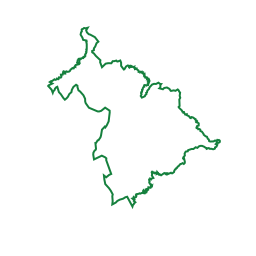 Clemencia, Bolívar, Colombia, rotated 203°
{"feature_id": "7082276B89767866766347", "entity_name": "Clemencia", "entity_type": "district", "adm_level": 2, "iso_a3": "COL", "parent_name": "Colombia", "parent_adm1": "Bolívar", "projection": "robinson", "projection_center": [-75.309, 10.562], "detail": "fine", "context": "isolated", "style": "outline", "palette": "green", "viewbox_px": 256, "rotation_deg": 203, "n_neighbors": 0, "source": "geoboundaries", "source_scale": "gbopen_adm2", "svg_char_len": 5851}
<svg xmlns="http://www.w3.org/2000/svg" viewBox="0 0 256 256"><g transform="rotate(203 128 128)"><path d="M204.3,204.5L205.9,203.2L207.5,202.9L208.2,201.6L208.9,201.1L209.1,200.5L208.2,198.8L208.6,197.8L208.1,195.4L205.3,193.4L203.7,191.6L200.4,192.3L199.8,191.4L200.1,191.0L198.8,189.2L196.8,184.5L196.6,183.8L196.9,183.7L196.3,182.8L196.4,181.8L195.9,181.6L195.8,180.1L196.1,179.9L196.1,178.3L195.4,177.7L195.8,176.4L196.8,176.1L197.0,175.3L196.5,175.3L196.5,174.9L197.5,174.6L198.7,172.5L199.6,172.5L199.4,171.7L199.9,172.1L199.9,172.7L200.5,172.3L200.4,171.5L200.8,170.7L200.3,169.2L200.5,168.5L200.0,168.0L199.7,169.0L198.7,169.2L199.1,168.4L198.5,168.0L197.9,168.1L198.0,167.6L200.7,165.6L200.9,165.1L200.3,163.7L201.1,163.7L201.3,161.6L201.8,161.5L202.0,161.9L202.7,161.3L203.0,160.3L203.7,159.4L203.7,158.0L204.2,157.0L205.5,156.1L207.7,156.0L206.9,155.9L206.8,155.6L207.1,155.2L208.3,155.1L207.4,154.4L207.0,153.6L208.1,153.2L208.7,154.0L209.5,154.0L209.0,151.6L210.6,150.9L210.3,150.4L209.9,150.3L209.3,149.1L209.6,148.1L211.3,147.7L211.3,146.8L211.0,146.2L211.2,145.7L212.7,145.7L212.7,144.8L213.8,143.9L214.7,144.1L216.2,141.6L217.1,141.1L217.9,139.8L215.0,139.4L217.7,136.3L217.9,135.5L213.3,133.4L211.0,131.0L211.1,132.5L210.4,134.4L210.6,135.6L210.0,137.4L209.2,138.3L205.6,134.0L203.1,132.9L199.3,130.4L197.2,129.4L196.2,131.2L195.5,133.3L195.3,136.3L194.1,138.9L194.6,141.2L194.3,144.5L192.7,147.5L191.1,147.2L190.5,145.9L188.3,143.3L186.4,142.9L181.8,140.7L178.9,138.1L177.7,135.6L176.6,134.3L171.9,131.4L162.5,131.4L161.1,131.9L159.4,133.3L157.0,137.8L151.7,136.8L150.9,135.1L148.4,126.5L148.6,121.9L149.1,119.7L149.9,120.2L151.3,116.3L149.9,110.5L149.7,108.6L150.4,105.2L151.1,104.8L151.6,101.6L152.1,101.4L149.3,96.3L149.3,95.1L149.9,94.2L150.2,91.8L149.6,89.9L147.0,85.8L141.3,92.3L137.7,92.1L136.1,91.6L135.5,89.9L125.5,79.1L127.0,77.5L128.8,74.1L131.6,74.9L129.6,71.3L127.0,67.5L122.0,65.2L119.3,63.5L116.1,60.9L115.8,59.1L113.5,54.6L112.6,51.5L110.1,54.6L109.3,56.7L107.6,58.8L104.8,61.1L103.4,63.2L101.9,64.4L93.2,57.4L93.4,59.2L92.9,60.1L93.0,60.9L92.2,62.5L94.1,63.1L93.9,64.6L94.5,65.3L95.5,64.5L96.4,64.8L95.6,65.5L95.8,66.7L94.9,66.5L93.7,67.5L93.7,68.8L94.6,69.3L94.5,70.3L92.3,71.7L92.0,72.3L91.0,72.4L89.9,73.6L88.8,74.1L88.6,74.9L89.5,75.8L89.4,76.6L87.7,75.4L88.0,74.6L87.9,74.2L87.0,74.4L86.9,75.1L85.9,75.9L86.1,77.4L87.4,77.2L87.8,78.3L86.8,79.3L86.6,78.4L85.8,78.2L85.3,79.1L86.2,79.8L85.8,80.8L86.0,81.4L84.3,81.5L83.9,81.9L84.2,82.3L83.1,83.4L83.3,84.2L83.7,83.4L84.3,83.4L84.8,85.1L85.9,85.1L86.6,85.6L87.3,86.4L87.1,87.0L88.4,88.6L88.4,89.0L87.7,89.3L87.8,90.0L86.7,89.7L86.6,90.5L85.1,91.9L87.5,93.6L87.8,95.2L88.9,96.5L88.8,97.2L88.5,97.3L87.8,96.3L86.9,97.2L86.4,96.8L85.7,96.7L85.1,97.4L84.6,97.2L84.6,97.7L83.6,97.5L83.9,98.8L83.2,98.4L83.2,97.4L82.5,98.2L81.3,97.1L80.8,97.2L80.6,97.8L79.1,97.4L77.0,100.7L75.1,100.3L75.2,100.8L74.8,100.7L74.6,101.6L73.9,101.8L73.4,101.0L71.0,103.6L70.5,103.3L69.5,103.6L68.4,105.5L68.7,106.7L68.5,108.3L68.0,108.6L67.9,109.9L67.3,110.4L67.2,111.9L66.6,112.5L65.7,115.3L64.9,115.8L64.0,117.0L62.6,116.7L62.1,117.9L62.4,119.0L64.5,121.9L65.0,121.3L65.5,121.6L65.6,122.7L64.9,124.8L65.9,126.6L65.7,128.6L65.5,129.0L63.9,129.9L64.0,131.1L61.2,133.6L59.6,134.2L58.2,136.7L56.4,136.8L55.4,139.0L54.4,139.8L52.8,140.5L50.6,140.5L48.7,140.1L47.8,140.3L47.4,139.6L45.8,141.1L44.4,140.8L43.4,141.4L41.3,141.7L40.1,142.7L40.0,143.5L40.3,144.1L39.3,145.3L39.2,147.3L40.9,147.5L40.4,148.5L40.9,149.8L39.2,149.5L38.1,150.7L38.3,151.9L38.8,152.3L39.7,152.5L40.6,151.8L41.2,151.9L41.5,150.6L43.0,150.5L44.0,149.1L47.0,147.7L48.1,147.6L49.2,149.0L50.4,149.3L51.9,150.8L53.3,150.7L55.7,151.4L56.2,152.1L58.5,153.5L60.2,153.5L60.9,154.8L62.0,154.9L62.9,154.3L63.8,155.1L64.7,154.7L65.1,154.9L65.2,156.7L63.9,157.9L64.7,159.9L65.8,160.2L67.3,160.0L67.2,161.1L67.8,161.1L67.6,161.6L68.2,161.9L68.1,162.4L68.5,161.8L69.3,162.0L69.3,162.5L70.0,162.6L69.9,163.4L70.3,162.6L72.4,163.1L73.7,162.9L73.9,162.2L74.4,162.2L74.2,161.6L74.5,161.5L76.6,162.7L78.8,162.8L79.3,163.7L80.5,162.7L82.3,164.0L82.8,163.8L82.9,164.5L84.2,164.2L85.3,165.2L88.7,166.5L89.6,167.1L89.1,168.4L91.9,174.3L91.7,176.2L93.0,177.8L93.9,181.0L95.1,181.5L96.0,182.4L97.3,182.9L98.8,180.8L100.6,180.5L102.8,179.0L103.2,178.9L105.2,180.2L108.0,180.5L110.3,179.0L111.0,177.3L114.6,176.8L114.1,177.9L115.0,180.4L114.7,181.4L115.8,181.1L117.7,181.6L119.4,179.5L121.3,178.8L122.8,177.4L124.1,173.7L123.9,172.4L124.8,169.9L124.4,168.2L125.0,167.5L124.3,166.3L125.0,164.9L124.9,163.8L127.1,161.4L128.8,162.5L128.7,164.3L129.6,165.1L129.8,166.0L129.3,166.2L129.3,167.1L130.0,168.7L129.5,169.1L129.9,170.3L129.8,171.5L129.2,172.3L129.7,172.8L129.7,173.9L128.3,174.4L127.5,174.3L127.2,174.9L126.3,175.4L126.4,176.0L127.0,176.4L126.5,177.6L127.6,178.1L127.4,178.6L126.7,178.6L126.6,179.4L127.9,179.4L127.3,180.5L127.5,180.8L128.1,181.3L128.8,180.7L129.5,181.3L129.7,181.0L129.9,181.9L130.5,182.0L130.9,181.3L131.8,181.1L132.2,181.8L133.0,181.8L133.2,182.8L133.7,182.6L134.1,184.5L134.6,184.3L134.3,183.8L136.0,184.0L136.1,184.9L136.4,184.7L137.0,185.1L137.7,184.4L137.9,183.7L137.9,184.5L138.4,184.0L138.7,184.6L140.2,183.8L140.8,185.0L143.0,185.5L143.3,186.2L144.3,185.8L144.2,185.2L144.6,184.9L145.1,185.9L145.5,185.7L146.1,186.1L146.2,186.7L146.7,186.1L147.2,186.3L148.7,185.5L148.9,186.4L149.2,186.4L149.4,186.0L149.9,186.1L149.8,185.2L150.3,184.1L150.8,184.3L151.3,185.6L152.6,185.5L153.8,183.9L154.3,180.6L154.7,180.2L158.6,182.5L159.9,185.5L161.5,187.1L163.3,185.3L163.9,185.0L165.1,185.5L166.7,184.2L168.2,183.5L168.6,181.1L171.6,179.9L173.7,178.5L175.7,173.8L179.4,177.7L179.9,179.6L185.8,181.8L188.5,183.3L190.5,183.7L191.1,184.9L189.8,186.3L190.5,188.0L190.0,190.1L190.1,193.8L189.0,195.9L194.0,198.7L199.3,199.2L200.8,199.0L203.2,200.0L204.7,201.6L204.3,204.5Z" fill="none" stroke="#15803d" stroke-width="2"/></g></svg>